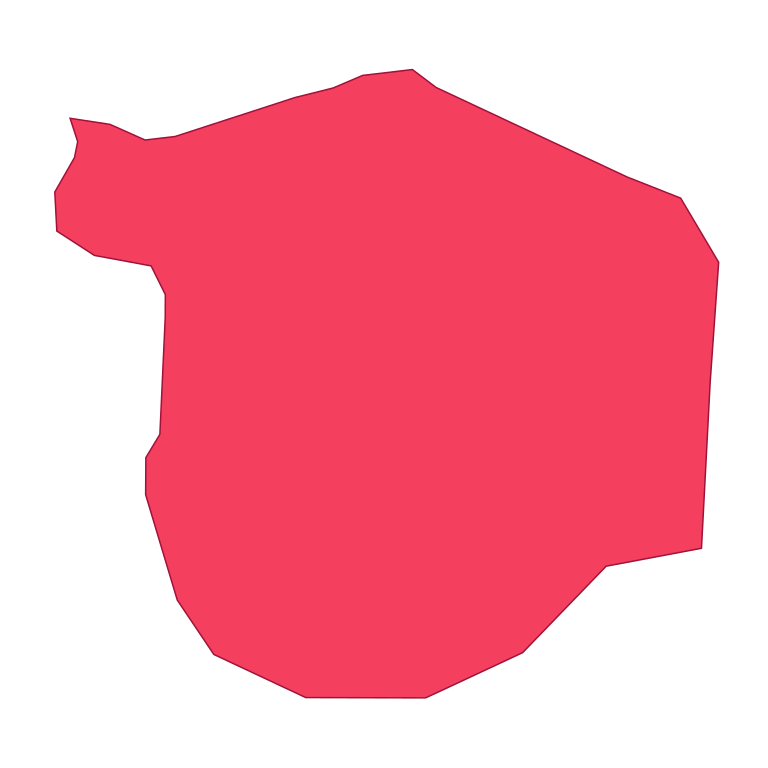 the district of Beni, Nord-Kivu, Democratic Republic of the Congo, rotated 271°
{"feature_id": "63176286B12710938610069", "entity_name": "Beni", "entity_type": "district", "adm_level": 2, "iso_a3": "COD", "parent_name": "Democratic Republic of the Congo", "parent_adm1": "Nord-Kivu", "projection": "mercator", "projection_center": [29.473, 0.481], "detail": "fine", "context": "isolated", "style": "filled", "palette": "rose", "viewbox_px": 768, "rotation_deg": 271, "n_neighbors": 0, "source": "geoboundaries", "source_scale": "gbopen_adm2", "svg_char_len": 547}
<svg xmlns="http://www.w3.org/2000/svg" viewBox="0 0 768 768"><g transform="rotate(271 384 384)"><path d="M164.3,181.1L110.6,218.6L69.1,311.2L70.9,431.1L117.8,527.3L205.7,609.3L225.3,704.3L391.5,710.1L511.5,716.5L575.0,677.4L595.2,623.5L681.4,430.9L698.9,406.9L692.2,357.3L679.1,328.0L668.9,290.1L627.8,170.7L623.8,140.8L638.8,105.5L644.2,65.5L621.0,73.5L605.0,70.6L570.2,51.5L531.2,54.2L507.5,92.2L498.0,149.1L469.6,163.8L446.4,164.1L329.8,160.8L306.3,147.2L269.2,147.6L164.3,181.1Z" fill="#f43f5e" stroke="#9f1239" stroke-width="1.5"/></g></svg>